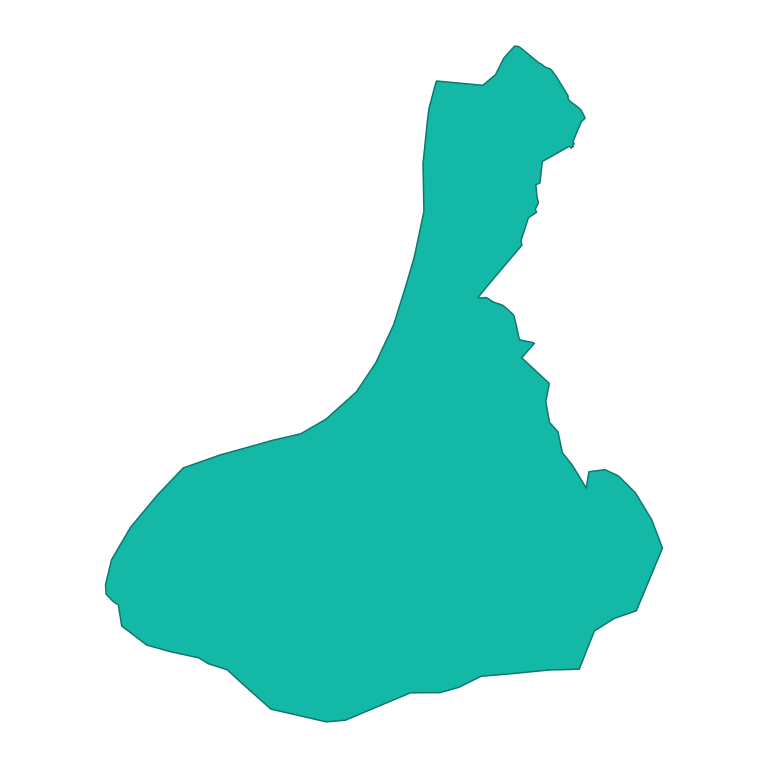 the district of Ukwa West, Abia, Nigeria
{"feature_id": "59680162B46910461063287", "entity_name": "Ukwa West", "entity_type": "district", "adm_level": 2, "iso_a3": "NGA", "parent_name": "Nigeria", "parent_adm1": "Abia", "projection": "orthographic", "projection_center": [7.263, 4.974], "detail": "fine", "context": "isolated", "style": "filled", "palette": "teal", "viewbox_px": 768, "rotation_deg": 0, "n_neighbors": 0, "source": "geoboundaries", "source_scale": "gbopen_adm2", "svg_char_len": 2020}
<svg xmlns="http://www.w3.org/2000/svg" viewBox="0 0 768 768"><path d="M227.2,453.0L220.5,454.8L219.4,455.2L183.3,467.9L157.5,494.9L130.6,527.2L111.6,559.6L105.5,584.6L106.1,594.1L112.3,600.6L113.4,601.7L118.4,604.9L119.1,609.9L121.7,626.0L128.7,631.3L146.8,645.1L154.8,647.3L163.1,649.7L172.0,652.1L198.6,657.8L208.3,663.7L227.4,669.9L240.9,682.4L271.0,709.2L326.5,721.9L345.4,720.2L410.4,692.8L440.3,692.6L453.6,688.8L458.9,687.3L481.0,676.3L510.3,673.8L514.6,673.4L546.2,670.3L549.0,670.0L579.2,669.2L594.4,631.0L614.1,618.5L636.4,610.7L662.5,548.1L651.8,519.9L635.3,492.7L618.6,476.1L604.9,469.6L588.9,471.8L587.5,480.2L586.1,487.9L572.2,465.0L562.4,452.8L558.0,431.9L553.8,427.2L549.5,422.4L545.8,401.6L549.3,383.5L521.7,357.8L534.3,343.4L532.8,342.5L526.0,341.2L520.4,340.0L519.3,339.2L516.0,324.1L514.0,316.1L513.3,314.7L512.2,313.6L507.4,309.2L502.7,305.3L499.3,304.0L496.1,303.1L494.0,302.3L492.2,301.3L490.8,300.5L489.8,299.7L488.0,298.5L486.1,297.5L483.6,297.8L482.0,297.8L480.5,297.9L479.6,298.0L479.1,298.0L478.7,297.6L478.2,297.3L484.4,289.6L493.8,278.3L521.9,245.2L521.0,240.5L528.4,217.9L529.2,217.2L529.9,216.8L530.4,216.4L530.9,215.9L531.5,215.7L533.0,214.7L536.5,212.3L536.2,211.3L535.5,209.8L535.5,208.7L537.5,204.7L538.4,203.0L538.4,202.0L537.1,198.1L535.9,184.8L539.7,183.1L540.1,182.0L541.8,166.2L542.3,161.5L569.5,146.1L571.2,148.1L573.2,146.5L572.6,145.5L573.2,144.4L574.2,143.9L572.9,141.6L581.3,121.8L585.0,118.3L584.4,116.5L582.6,113.0L580.8,109.7L578.0,107.3L569.3,100.7L568.3,98.9L567.8,96.4L568.2,96.1L562.8,87.1L557.0,77.7L551.6,70.2L549.8,68.8L545.5,67.2L544.7,66.9L541.6,64.2L539.1,63.0L537.1,61.5L519.8,47.2L517.9,46.4L514.6,46.1L503.8,58.1L495.5,74.7L482.8,85.3L436.6,81.0L435.8,82.8L429.0,108.5L427.4,120.6L423.0,163.9L423.4,183.4L423.9,211.3L416.7,245.7L414.2,257.3L405.9,285.7L395.7,318.3L393.6,324.8L386.4,340.2L375.9,362.6L363.6,381.1L356.4,391.8L346.8,400.5L340.5,406.1L326.1,419.1L300.7,433.8L272.6,440.3L227.2,453.0Z" fill="#14b8a6" stroke="#0f766e" stroke-width="1.5"/></svg>